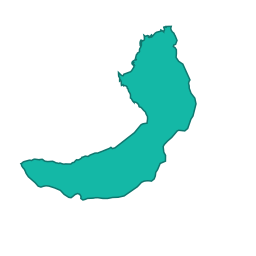 the Province of Antalya, rotated 133°
{"feature_id": "TUR-2271", "entity_name": "Antalya", "entity_type": "Province", "adm_level": 1, "iso_a3": "TUR", "parent_name": "Turkey", "parent_adm1": "", "projection": "equal_earth", "projection_center": [30.734, 36.761], "detail": "fine", "context": "isolated", "style": "filled", "palette": "teal", "viewbox_px": 256, "rotation_deg": 133, "n_neighbors": 0, "source": "natural_earth", "source_scale": "10m", "svg_char_len": 3563}
<svg xmlns="http://www.w3.org/2000/svg" viewBox="0 0 256 256"><g transform="rotate(133 128 128)"><path d="M227.1,181.9L226.9,181.7L224.6,181.5L223.5,181.1L218.8,178.2L218.2,177.5L217.7,176.5L216.7,176.1L215.4,175.7L214.4,175.0L211.5,170.9L211.0,170.9L210.7,170.5L209.6,169.6L209.3,169.2L209.1,166.9L208.9,166.1L207.4,163.9L203.7,160.4L202.9,158.1L202.8,157.4L202.6,156.9L201.9,155.9L201.2,154.6L201.0,154.3L200.2,154.0L200.0,153.9L198.9,151.4L198.1,150.1L197.2,149.5L193.5,145.4L193.0,145.2L192.5,145.1L191.8,145.1L191.1,144.9L190.6,144.6L190.3,144.2L189.9,144.0L187.5,144.1L186.2,143.9L185.7,143.1L185.0,142.4L183.4,141.8L181.7,141.5L180.6,141.7L180.1,141.1L177.7,140.1L176.5,138.3L175.7,137.5L175.0,137.6L173.7,137.3L169.0,135.1L168.0,134.2L167.1,133.1L155.6,127.7L153.8,127.3L153.7,125.4L151.5,124.0L127.0,120.1L117.0,120.7L115.3,120.2L114.0,119.4L111.5,117.4L108.0,119.9L106.3,121.6L105.5,124.1L104.7,125.6L104.4,126.2L104.4,128.7L104.1,131.3L104.1,132.8L104.8,134.0L104.8,134.5L104.3,135.2L103.9,135.8L103.7,136.6L103.5,137.8L103.7,139.3L104.0,140.1L104.5,140.8L104.8,141.7L105.2,141.2L105.1,142.9L104.2,145.7L104.4,146.7L102.3,148.5L101.4,149.8L100.6,152.7L99.3,154.9L99.4,155.6L98.5,156.9L98.6,158.3L99.3,159.5L100.2,160.0L99.7,161.2L101.3,161.8L100.4,162.9L98.8,164.5L98.1,166.1L98.5,166.1L98.8,165.8L98.9,166.0L99.4,166.1L98.7,166.8L97.9,167.5L97.1,168.2L96.5,170.1L95.6,171.1L93.9,172.8L94.0,169.4L93.7,167.9L93.0,167.2L91.5,167.7L85.1,164.5L83.8,164.4L79.2,165.3L78.6,166.0L78.4,167.2L78.3,168.9L77.9,168.9L77.9,168.3L77.5,167.2L77.1,168.8L77.1,169.5L76.2,168.9L76.3,169.4L76.2,170.0L73.9,169.5L73.5,169.2L73.0,168.8L72.4,168.5L71.6,168.9L72.9,168.9L72.9,169.5L68.7,171.8L67.8,171.7L67.1,172.1L66.4,172.1L65.7,171.8L64.9,171.7L64.3,171.7L64.0,171.9L63.2,172.8L62.2,173.4L59.9,174.0L59.0,174.4L59.2,174.5L59.4,174.5L59.5,174.6L59.4,175.0L58.8,175.0L57.3,175.5L57.3,176.1L58.6,176.1L57.8,177.0L56.9,177.7L55.9,178.2L54.8,178.4L54.8,177.8L55.2,177.5L55.3,177.2L55.5,177.0L55.7,176.7L54.9,176.8L54.7,176.9L54.4,177.3L53.7,176.4L53.0,176.2L52.2,176.3L51.5,176.7L51.3,177.0L51.2,177.3L51.0,177.6L50.4,177.8L50.3,178.0L49.3,179.5L49.1,177.8L47.0,176.7L46.4,175.0L47.2,175.5L47.6,175.0L47.5,174.3L47.0,173.9L43.9,174.4L43.9,173.9L44.5,173.6L45.1,173.4L45.7,173.3L46.4,173.3L45.1,172.7L40.1,172.8L38.5,172.4L34.7,170.0L33.9,170.8L33.6,170.0L33.4,167.8L33.0,168.4L32.8,168.2L32.6,167.9L32.2,167.8L31.6,168.1L31.3,168.3L31.2,168.5L30.9,168.9L30.5,169.3L30.3,169.9L30.1,170.4L29.6,170.6L29.1,170.2L28.7,169.4L28.4,168.9L27.9,169.5L24.2,165.7L25.9,164.8L27.0,163.1L27.5,161.0L27.4,159.9L27.4,159.0L28.0,157.8L28.4,156.4L30.5,151.9L34.3,150.3L36.1,151.1L37.5,150.4L37.2,148.2L37.8,146.0L40.6,143.3L43.6,141.0L44.7,136.5L43.9,131.5L50.6,115.5L52.4,115.1L54.0,114.2L55.5,112.0L57.2,110.3L59.6,105.6L60.6,99.5L64.0,94.7L74.9,88.7L78.7,88.0L87.7,84.0L91.4,84.5L95.1,89.4L96.6,90.0L105.0,89.6L110.6,90.2L115.3,90.2L117.6,89.6L121.3,85.3L122.4,81.9L126.7,78.0L132.0,80.3L138.3,78.0L141.6,77.4L144.5,75.3L147.5,74.1L150.8,74.6L152.1,76.4L153.5,78.0L155.9,80.0L158.6,81.1L164.6,81.1L180.3,84.5L185.4,88.0L189.3,91.9L193.6,95.0L196.7,98.4L199.4,102.4L201.1,104.2L203.0,105.6L207.1,109.6L209.5,110.7L211.4,111.9L211.7,114.4L210.1,115.7L209.4,118.1L210.4,120.3L213.0,121.4L215.8,121.7L217.8,122.1L219.1,124.0L220.1,129.4L219.7,134.9L221.8,140.7L224.4,146.2L226.1,148.5L228.1,150.0L230.6,151.4L231.8,154.0L231.3,158.7L231.6,167.6L230.7,171.5L229.7,173.6L228.9,175.7L228.7,177.8L228.2,179.8L227.3,181.3L227.1,181.9Z" fill="#14b8a6" stroke="#0f766e" stroke-width="1.5"/></g></svg>